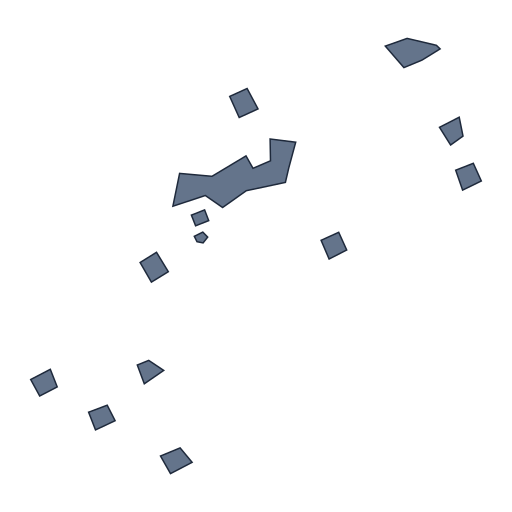 outline of Bahariya Oasis, Al Jizah, Egypt
{"feature_id": "37247803B96885043093668", "entity_name": "Bahariya Oasis", "entity_type": "district", "adm_level": 2, "iso_a3": "EGY", "parent_name": "Egypt", "parent_adm1": "Al Jizah", "projection": "mercator", "projection_center": [28.831, 28.341], "detail": "fine", "context": "isolated", "style": "filled", "palette": "slate", "viewbox_px": 512, "rotation_deg": 0, "n_neighbors": 0, "source": "geoboundaries", "source_scale": "gbopen_adm2", "svg_char_len": 1052}
<svg xmlns="http://www.w3.org/2000/svg" viewBox="0 0 512 512"><path d="M288.8,167.8L295.7,142.2L270.1,139.0L270.5,160.8L253.0,168.3L246.0,155.9L212.0,176.3L179.6,173.4L172.9,206.2L205.3,195.5L222.6,207.5L246.3,190.7L285.4,182.4L288.8,167.8ZM422.0,60.1L440.1,48.9L436.4,45.3L407.1,38.4L385.3,46.1L403.9,67.6L422.0,60.1ZM258.0,108.9L247.1,88.5L229.7,96.4L239.2,117.5L258.0,108.9ZM168.3,271.7L156.5,252.3L140.1,262.5L151.4,282.1L168.3,271.7ZM192.1,462.3L180.1,447.9L160.5,456.0L170.5,473.6L192.1,462.3ZM481.3,181.0L473.3,163.3L455.7,170.2L462.6,190.1L481.3,181.0ZM57.2,386.9L50.3,369.3L30.7,379.5L39.7,396.0L57.2,386.9ZM346.7,250.0L338.7,232.3L321.1,240.3L329.1,259.0L346.7,250.0ZM115.1,420.7L107.2,405.2L88.6,412.2L95.5,429.9L115.1,420.7ZM463.0,136.1L459.2,117.2L439.5,127.3L450.6,145.0L463.0,136.1ZM163.7,370.4L148.7,360.4L137.3,365.0L144.3,383.8L163.7,370.4ZM208.7,220.6L204.6,209.9L191.4,215.1L195.6,225.8L208.7,220.6ZM207.7,237.1L202.8,232.1L194.3,236.3L197.0,241.7L203.1,242.9L207.7,237.1Z" fill="#64748b" stroke="#1e293b" stroke-width="1.5"/></svg>